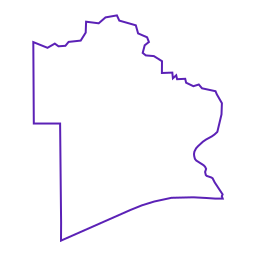 Jefferson, Texas, United States of America
{"feature_id": "52423323B61382457071366", "entity_name": "Jefferson", "entity_type": "district", "adm_level": 2, "iso_a3": "USA", "parent_name": "United States of America", "parent_adm1": "Texas", "projection": "orthographic", "projection_center": [-94.044, 29.875], "detail": "fine", "context": "isolated", "style": "outline", "palette": "violet", "viewbox_px": 256, "rotation_deg": 0, "n_neighbors": 0, "source": "geoboundaries", "source_scale": "gbopen_adm2", "svg_char_len": 965}
<svg xmlns="http://www.w3.org/2000/svg" viewBox="0 0 256 256"><path d="M33.8,122.6L33.8,123.5L60.1,123.5L61.1,222.8L61.0,240.6L130.1,210.1L142.0,205.3L154.3,201.5L171.5,197.8L193.3,197.3L206.5,198.0L215.3,198.6L222.7,198.6L221.8,196.2L222.6,194.4L214.7,182.4L212.6,178.3L211.4,177.5L206.7,175.9L205.8,175.0L205.1,172.0L206.1,168.9L205.1,166.8L203.7,165.3L196.2,160.5L194.9,158.8L194.2,156.1L194.0,154.0L194.4,151.6L196.1,148.3L198.1,146.1L202.9,141.7L206.1,139.5L211.8,136.4L214.5,134.5L217.2,132.0L217.4,131.6L221.5,114.4L221.9,103.2L216.8,94.3L215.5,91.2L202.0,88.3L198.8,84.5L193.4,86.2L186.1,82.7L185.2,78.8L177.1,79.2L176.2,75.3L172.9,78.3L172.3,72.6L161.9,73.0L162.0,61.2L153.9,56.1L145.8,55.4L142.7,52.9L144.7,45.3L148.9,42.0L147.1,37.3L138.1,33.4L135.8,25.3L119.3,20.6L116.9,15.4L105.5,17.4L98.7,23.3L86.1,21.7L85.7,32.6L80.7,40.6L68.6,41.9L65.4,45.8L58.5,46.3L54.8,43.6L47.5,47.8L33.3,42.1L33.8,122.6Z" fill="none" stroke="#5b21b6" stroke-width="2"/></svg>